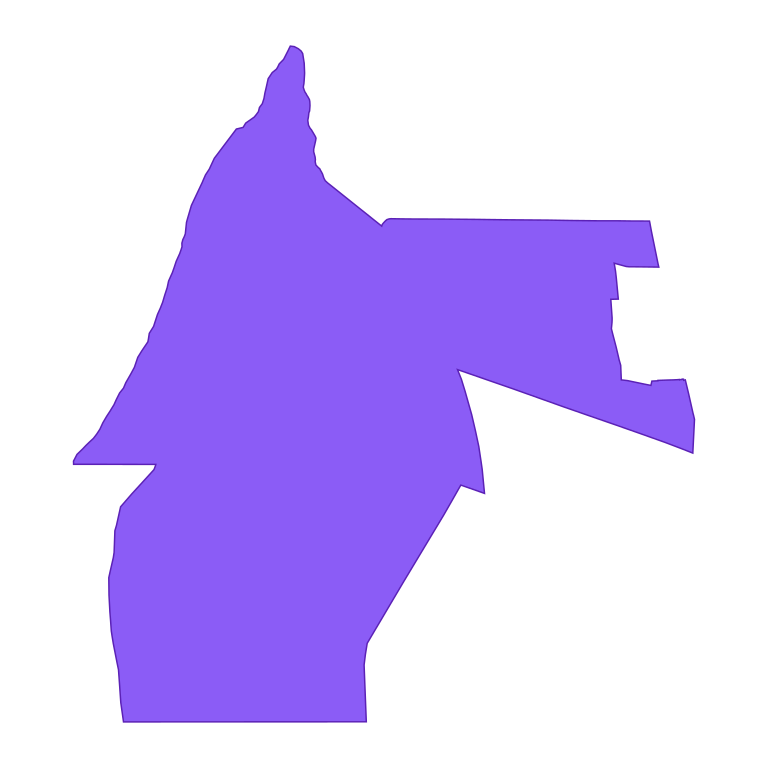 the district of Rivadavia, San Juan, Argentina
{"feature_id": "61730980B90561116594730", "entity_name": "Rivadavia", "entity_type": "district", "adm_level": 2, "iso_a3": "ARG", "parent_name": "Argentina", "parent_adm1": "San Juan", "projection": "orthographic", "projection_center": [-68.638, -31.547], "detail": "fine", "context": "isolated", "style": "filled", "palette": "violet", "viewbox_px": 768, "rotation_deg": 0, "n_neighbors": 0, "source": "geoboundaries", "source_scale": "gbopen_adm2", "svg_char_len": 3407}
<svg xmlns="http://www.w3.org/2000/svg" viewBox="0 0 768 768"><path d="M484.5,493.4L482.2,469.4L481.1,461.8L478.8,446.5L475.4,430.6L471.7,414.7L465.0,391.0L461.4,379.3L457.5,369.6L461.0,370.8L513.2,388.9L564.3,407.1L589.0,415.7L615.3,424.8L639.5,433.3L665.3,442.5L679.0,447.7L692.8,453.1L694.5,419.4L693.7,415.9L693.6,415.4L693.3,414.3L693.1,413.6L689.7,398.5L688.7,394.1L685.3,379.9L683.7,380.3L683.5,379.2L682.1,379.5L682.1,379.2L679.5,379.9L679.4,379.5L677.2,379.7L675.0,379.8L673.2,379.9L668.8,380.0L657.9,380.4L657.9,380.8L651.9,381.1L650.9,385.4L644.3,384.1L627.5,380.6L621.3,379.9L620.7,365.3L619.0,359.4L618.7,357.9L616.2,347.3L612.8,334.3L611.4,328.7L612.0,322.5L612.1,320.0L612.1,317.8L610.8,299.3L618.3,299.1L616.3,278.0L615.5,271.0L614.2,263.2L618.2,264.3L626.2,266.5L629.3,266.8L633.7,266.8L644.1,266.9L658.8,267.1L658.1,264.1L651.4,231.2L650.4,225.8L649.8,222.5L649.5,221.1L637.7,221.0L637.4,221.0L632.0,221.0L617.4,220.8L598.2,220.8L571.4,220.5L547.8,220.1L509.2,219.8L491.7,219.6L476.9,219.4L443.4,219.1L413.2,219.0L402.7,218.9L390.9,218.7L389.1,218.9L386.9,219.6L385.4,220.9L383.8,222.6L383.1,223.4L382.4,224.3L382.2,224.7L382.0,225.1L381.8,225.7L381.7,226.1L327.5,182.8L325.8,181.2L325.3,180.8L323.9,178.2L323.1,175.8L322.6,174.2L321.5,172.0L320.6,170.5L319.7,168.7L318.3,167.6L316.0,165.1L315.9,165.0L315.2,161.7L315.4,159.6L315.1,157.0L313.7,151.8L313.7,149.2L315.6,140.8L316.0,138.2L315.4,136.6L313.6,133.5L311.4,129.8L310.1,128.3L308.5,125.2L308.4,124.6L308.1,122.5L307.9,121.2L307.8,120.2L308.4,117.1L308.9,112.7L309.6,111.0L309.8,108.3L310.0,105.7L309.8,101.5L309.4,99.5L307.8,96.6L307.3,95.9L307.0,95.5L306.1,93.7L305.0,92.1L304.1,89.9L303.3,87.3L303.5,85.8L303.9,83.7L304.2,80.1L304.5,75.3L304.6,73.0L304.2,63.2L302.7,53.6L301.2,51.1L298.3,48.7L294.3,46.6L290.3,46.1L288.8,49.1L288.5,49.8L285.8,55.1L285.2,56.3L283.6,59.4L279.3,63.8L278.7,65.0L278.0,66.5L277.8,66.9L276.5,69.1L272.2,72.6L270.5,75.2L268.2,78.6L266.3,87.1L264.9,93.1L264.0,98.3L263.8,99.0L262.3,103.7L259.5,107.4L258.4,111.7L256.1,114.8L254.2,117.1L249.1,120.7L245.7,123.1L243.1,127.4L236.5,129.0L236.4,129.0L224.1,145.3L214.3,158.3L209.3,169.1L205.5,174.9L202.7,181.3L202.5,181.9L191.4,205.4L187.3,219.4L186.5,222.3L185.3,233.9L184.2,236.8L182.8,239.7L182.3,241.7L181.9,243.1L182.0,246.8L181.1,249.6L179.7,253.6L176.2,261.3L174.2,267.4L172.3,272.8L170.7,276.3L168.6,281.0L167.2,287.6L164.7,295.3L162.6,302.4L161.0,306.4L160.8,307.0L160.3,308.2L157.5,314.4L155.8,319.6L153.6,326.4L150.8,330.9L149.3,333.3L148.4,339.1L147.9,341.8L141.7,351.0L137.8,357.3L134.4,367.3L130.9,373.8L125.8,382.7L123.5,388.1L119.6,393.0L116.2,399.8L114.0,404.7L110.9,409.7L110.9,409.8L110.0,411.2L106.6,416.4L102.9,422.7L99.9,429.2L97.7,432.6L96.7,434.1L93.4,438.4L89.4,442.1L85.9,445.5L83.9,447.6L82.9,448.7L77.0,454.4L75.5,457.3L73.5,461.1L73.6,464.3L96.7,464.3L100.2,464.3L144.4,464.4L155.8,464.4L155.4,465.9L154.0,469.6L144.9,479.6L131.8,493.9L120.6,506.8L116.5,525.3L114.9,530.7L114.7,536.0L114.4,544.6L114.3,547.1L114.1,552.5L113.3,557.7L110.2,571.3L108.8,577.7L109.0,595.2L109.9,612.0L110.6,620.9L110.8,623.9L111.3,631.0L112.1,636.2L113.3,643.6L117.0,662.5L118.5,669.8L119.6,685.2L120.0,691.1L120.8,702.7L123.0,718.2L123.5,721.9L366.3,721.8L364.9,686.0L364.1,665.0L365.4,654.4L367.2,643.3L376.4,627.7L376.9,626.9L404.1,580.9L443.8,514.9L452.0,500.6L460.8,485.1L484.5,493.4Z" fill="#8b5cf6" stroke="#5b21b6" stroke-width="1.5"/></svg>